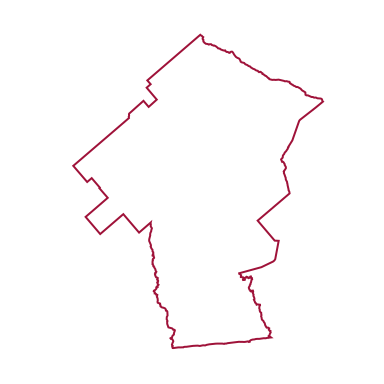 San Cayetano, Buenos Aires, Argentina (Albers equal-area conic projection), rotated 6°
{"feature_id": "61730980B1791021048372", "entity_name": "San Cayetano", "entity_type": "district", "adm_level": 2, "iso_a3": "ARG", "parent_name": "Argentina", "parent_adm1": "Buenos Aires", "projection": "albers", "projection_center": [-59.479, -38.405], "detail": "fine", "context": "isolated", "style": "outline", "palette": "rose", "viewbox_px": 384, "rotation_deg": 6, "n_neighbors": 0, "source": "geoboundaries", "source_scale": "gbopen_adm2", "svg_char_len": 5998}
<svg xmlns="http://www.w3.org/2000/svg" viewBox="0 0 384 384"><g transform="rotate(6 192 192)"><path d="M189.1,349.2L189.6,349.2L194.5,348.0L199.6,347.4L199.9,347.1L201.0,346.7L202.3,346.6L209.2,344.9L213.7,344.2L215.9,344.3L219.0,343.3L221.2,343.2L222.5,342.5L225.1,341.7L231.7,340.3L238.0,339.6L239.9,339.7L240.5,339.3L241.8,339.2L243.3,338.6L245.9,338.0L254.2,336.1L260.2,335.6L263.3,334.7L263.7,335.0L264.0,334.9L264.3,335.2L265.1,334.9L265.1,334.0L265.6,333.5L266.3,333.0L267.8,332.4L269.4,332.1L271.2,331.4L274.4,331.0L278.7,329.9L280.4,329.8L282.5,329.1L285.8,328.4L284.5,327.6L284.2,327.9L284.0,327.5L283.7,327.4L283.5,327.8L283.3,327.2L283.7,326.9L284.0,326.4L284.2,325.2L284.8,323.7L284.9,323.3L284.5,322.8L284.6,322.0L284.2,321.8L283.7,321.9L283.4,321.4L282.8,321.0L282.7,320.3L283.0,319.5L281.8,318.9L280.5,319.1L280.1,318.8L279.6,317.9L278.9,317.2L278.0,314.8L277.2,314.0L276.5,312.8L275.0,311.7L274.7,311.2L274.3,309.5L273.7,308.3L274.0,307.1L273.7,306.6L273.4,304.8L272.8,304.5L272.2,303.9L271.7,302.8L271.7,302.0L271.0,300.5L271.1,298.3L271.0,298.0L271.5,297.6L271.4,297.0L268.7,296.9L268.0,297.3L267.3,296.0L266.4,295.5L266.2,295.2L266.2,294.9L264.8,292.6L265.3,292.1L265.3,291.8L264.8,290.3L263.9,288.9L263.9,287.4L263.4,286.9L263.1,286.2L263.0,285.9L263.3,284.9L262.9,283.7L262.3,283.8L261.8,284.6L261.3,284.8L260.9,284.7L260.5,284.5L260.5,283.8L259.4,283.2L258.6,281.6L258.5,281.1L258.6,280.6L259.2,279.7L259.2,278.6L259.8,277.8L259.7,276.8L260.1,276.0L260.4,273.0L260.9,272.6L260.6,271.8L260.7,271.4L260.5,271.2L259.5,271.2L259.5,270.0L259.4,269.8L259.0,269.9L258.9,270.4L258.0,270.8L257.7,271.5L257.4,271.7L257.0,271.3L256.2,271.4L255.9,270.8L255.0,270.6L254.8,270.8L254.8,271.4L254.6,271.5L253.4,272.0L253.3,272.3L253.5,273.1L253.8,273.7L253.7,273.9L252.0,274.2L251.8,273.9L251.8,273.6L252.3,272.4L252.4,272.0L252.1,271.6L251.0,271.5L249.5,271.5L249.4,270.5L249.6,270.0L249.6,269.6L248.2,268.6L247.6,268.5L247.4,267.9L268.9,259.5L279.9,252.7L281.0,251.6L281.8,250.1L283.3,231.5L279.3,231.7L260.3,213.6L289.2,183.2L288.7,181.4L287.8,180.0L287.7,179.2L286.3,175.1L286.1,174.0L285.8,173.5L285.5,172.1L284.0,169.8L283.6,167.8L283.3,167.4L282.1,164.8L281.4,163.6L281.4,162.2L281.1,162.0L281.3,161.4L282.2,160.0L282.9,158.5L282.7,157.3L281.3,155.3L281.3,154.6L280.9,154.2L280.0,152.9L279.0,152.3L278.5,152.6L278.0,151.8L277.2,150.2L278.6,148.3L278.6,146.2L279.7,144.5L280.1,143.1L281.3,141.6L282.2,139.8L282.5,139.5L282.8,138.4L283.3,137.3L283.4,136.8L283.2,136.8L286.4,130.2L291.1,110.3L291.4,109.6L292.0,108.8L306.2,95.1L312.8,88.4L312.2,87.9L311.6,86.3L311.0,85.8L310.1,85.6L306.9,85.7L305.3,85.1L303.6,85.4L302.3,84.9L300.9,85.0L297.2,83.8L295.6,83.9L294.7,83.4L294.3,81.1L293.6,80.7L290.8,79.4L289.2,77.9L286.5,76.7L285.6,76.5L284.8,76.7L283.2,75.9L281.9,75.6L281.3,75.2L280.9,74.8L279.8,74.6L278.6,73.7L278.0,73.6L277.8,73.3L277.6,72.4L277.3,72.2L275.8,72.2L274.7,71.9L272.7,72.2L272.0,71.9L266.4,71.2L263.5,71.8L262.1,71.8L260.0,72.1L257.1,71.7L256.9,71.2L256.3,70.7L255.9,70.7L253.6,68.9L252.8,68.8L252.6,68.5L251.6,68.1L250.9,67.5L249.8,67.3L249.7,66.6L248.2,65.8L248.0,65.5L247.2,65.3L246.2,65.8L245.5,65.4L244.7,64.6L243.2,64.4L242.3,64.0L241.6,63.5L239.4,62.9L238.2,62.2L237.4,61.9L236.8,61.2L236.3,61.0L235.0,60.8L233.9,60.0L231.7,59.4L230.4,58.2L227.6,57.8L226.7,57.2L226.4,56.3L225.1,54.5L224.1,54.1L223.2,53.9L221.5,53.0L219.5,50.9L218.4,49.3L217.4,48.3L216.5,48.3L215.8,48.6L215.4,48.9L215.1,49.6L214.9,49.7L214.3,49.7L213.9,49.4L212.9,49.0L211.8,49.1L210.6,48.4L210.4,48.0L210.1,47.7L209.4,48.0L207.8,47.8L205.4,47.1L204.9,46.6L204.5,46.5L202.9,46.4L202.5,45.9L200.5,44.6L198.9,44.0L198.1,44.2L197.5,43.9L196.5,43.8L195.7,43.1L194.4,43.1L193.4,43.6L193.0,43.6L192.4,43.2L190.1,43.1L189.5,42.6L188.9,42.4L188.3,41.7L187.8,41.4L187.4,40.5L187.5,39.6L186.7,38.9L186.5,38.3L187.0,36.8L185.9,36.2L185.4,35.6L184.4,35.3L183.8,34.8L135.9,85.7L139.6,89.1L136.0,93.0L147.3,103.8L140.0,111.9L134.2,106.4L121.3,120.6L121.2,121.4L121.5,122.8L121.2,123.8L121.6,125.0L71.2,178.4L86.7,193.0L90.8,188.7L99.9,197.3L99.5,197.9L108.8,206.6L88.8,227.9L105.1,243.4L126.0,221.2L143.6,237.9L154.1,226.7L154.0,227.5L154.4,228.2L154.5,230.2L154.6,230.6L155.9,232.2L155.5,234.4L155.5,235.4L154.9,237.0L154.8,238.6L155.0,239.4L154.4,243.4L154.5,245.1L156.6,248.9L156.8,249.8L156.5,250.6L156.6,250.8L157.0,251.1L157.5,252.4L158.7,253.5L159.0,255.3L159.8,256.0L159.8,257.3L160.1,257.7L160.1,258.4L159.5,258.5L159.4,259.4L160.7,259.9L160.7,260.3L161.2,261.4L160.8,262.1L160.3,262.4L160.0,263.2L160.3,264.3L160.0,264.7L160.1,265.4L160.0,265.8L160.5,267.5L160.2,267.7L160.2,267.9L161.2,269.0L161.5,269.5L161.4,270.0L162.3,270.6L162.4,271.1L163.6,272.6L164.1,274.2L164.9,275.1L164.6,275.6L164.3,276.5L163.8,276.6L163.9,277.2L163.7,277.5L164.0,278.4L164.2,278.5L164.3,279.1L165.0,280.3L165.3,280.6L165.9,280.6L167.0,281.2L166.5,282.4L166.7,282.5L166.8,283.1L167.4,283.3L167.6,283.9L167.4,284.2L167.5,284.5L166.9,285.4L167.4,285.8L167.2,286.3L167.4,287.0L168.4,287.8L167.5,289.0L167.7,289.9L166.9,289.9L166.5,290.4L166.9,290.7L166.9,291.0L166.6,292.0L165.4,293.5L164.6,294.0L164.4,294.2L164.3,294.7L165.5,295.7L165.5,296.8L166.4,296.9L166.8,297.1L167.0,297.8L168.2,297.9L168.2,299.5L168.0,299.9L168.9,301.3L168.9,301.6L169.3,303.2L169.2,304.9L169.5,305.7L171.9,306.3L171.9,307.3L172.5,307.8L172.6,308.1L172.5,308.8L172.7,309.1L174.1,309.9L175.8,310.1L177.2,310.5L177.8,311.0L178.4,311.9L178.5,312.2L178.4,312.5L178.6,312.8L179.3,312.8L179.7,313.1L180.0,313.6L180.6,317.4L180.0,318.9L180.1,321.2L181.0,322.6L181.1,323.1L180.8,323.5L181.0,324.5L181.1,325.7L182.7,329.1L186.4,329.7L187.3,330.3L187.8,331.0L189.0,330.9L189.4,331.3L189.3,332.3L189.2,332.6L189.0,333.3L188.8,334.5L188.9,335.5L188.8,335.8L187.7,336.9L187.2,339.2L186.8,339.5L186.5,339.2L186.0,339.6L186.3,339.8L186.3,340.2L186.4,340.3L186.9,340.2L187.9,340.6L188.9,342.1L189.0,342.5L188.3,344.6L188.2,345.4L188.0,345.9L188.3,346.6L188.4,347.4L188.9,347.4L188.7,348.3L189.1,349.2Z" fill="none" stroke="#9f1239" stroke-width="2"/></g></svg>